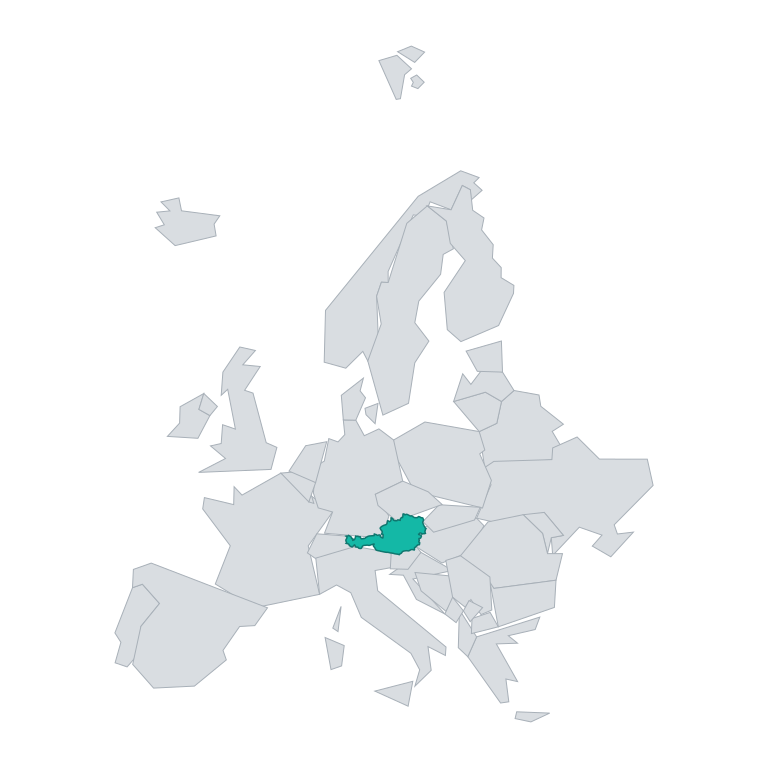 location of Austria within Europe
{"feature_id": "AUT", "entity_name": "Austria", "entity_type": "country or territory", "adm_level": 0, "iso_a3": "AUT", "parent_name": "Europe", "parent_adm1": "", "projection": "orthographic", "projection_center": [13.446, 47.7], "detail": "fine", "context": "in_parent", "style": "filled", "palette": "teal", "viewbox_px": 768, "rotation_deg": 0, "n_neighbors": 37, "source": "natural_earth", "source_scale": "50m", "svg_char_len": 10660}
<svg xmlns="http://www.w3.org/2000/svg" viewBox="0 0 768 768"><path d="M378.9,60.6L396.9,55.3L411.5,68.8L404.6,74.7L400.4,98.7L396.2,99.4L378.9,60.6ZM482.1,190.3L470.9,200.2L470.4,189.8L462.3,185.5L451.1,209.8L430.1,201.8L424.2,216.4L413.3,214.9L388.1,271.5L388.2,282.5L381.4,282.2L376.6,296.2L378.4,341.9L367.8,361.0L362.8,351.4L345.8,368.2L324.2,362.2L325.5,310.4L418.2,196.3L460.7,170.8L479.1,177.6L473.8,182.8L482.1,190.3ZM424.6,52.1L414.7,62.4L397.6,51.7L411.3,46.1L424.6,52.1ZM424.2,82.2L417.9,88.6L411.5,86.1L413.3,82.4L410.7,78.3L416.7,75.0L424.2,82.2Z" fill="#d9dde1" stroke="#a8b0b8" stroke-width="1"/><path d="M280.9,473.1L332.6,512.0L308.2,545.9L319.6,594.3L254.1,607.9L215.3,584.0L230.3,545.8L202.7,508.9L204.4,497.6L233.7,504.6L234.1,486.7L242.0,495.1L280.9,473.1ZM332.8,628.1L341.1,606.4L338.0,631.6L332.8,628.1Z" fill="#d9dde1" stroke="#a8b0b8" stroke-width="1"/><path d="M367.8,361.0L381.2,324.0L376.6,296.2L381.4,282.2L388.2,282.5L406.8,223.3L427.3,205.9L446.3,221.0L453.4,248.8L443.2,254.4L440.6,274.3L418.8,301.1L414.8,322.7L428.9,341.1L414.8,362.8L408.5,403.3L382.9,415.1L367.8,361.0Z" fill="#d9dde1" stroke="#a8b0b8" stroke-width="1"/><path d="M514.0,390.5L539.0,395.0L540.8,406.3L563.4,424.2L552.2,431.4L560.3,445.1L551.9,459.6L484.7,467.5L479.2,431.6L496.8,423.3L501.5,401.5L514.0,390.5Z" fill="#d9dde1" stroke="#a8b0b8" stroke-width="1"/><path d="M617.4,534.0L633.4,532.1L610.8,556.8L592.3,546.1L602.0,535.1L579.3,527.2L552.7,555.5L551.3,537.7L563.4,535.4L544.2,512.4L506.5,525.0L476.6,518.2L491.0,484.8L484.7,467.5L493.8,461.4L551.9,459.6L552.7,447.9L577.1,437.0L599.4,459.1L647.3,459.2L653.1,485.4L614.2,524.8L617.4,534.0Z" fill="#d9dde1" stroke="#a8b0b8" stroke-width="1"/><path d="M479.2,431.6L484.8,450.0L479.7,453.9L491.4,480.4L482.5,508.0L414.5,491.4L393.3,452.0L393.6,440.0L424.9,422.0L479.2,431.6Z" fill="#d9dde1" stroke="#a8b0b8" stroke-width="1"/><path d="M476.6,518.2L484.0,525.8L468.8,552.1L441.9,563.0L416.8,547.1L424.2,527.0L476.6,518.2Z" fill="#d9dde1" stroke="#a8b0b8" stroke-width="1"/><path d="M523.2,514.7L544.2,512.4L563.4,535.4L551.3,537.7L547.5,553.6L542.6,533.5L523.2,514.7Z" fill="#d9dde1" stroke="#a8b0b8" stroke-width="1"/><path d="M547.5,553.6L562.5,553.6L556.0,580.2L493.9,588.4L460.5,555.8L488.0,521.9L523.2,514.7L542.6,533.5L547.5,553.6Z" fill="#d9dde1" stroke="#a8b0b8" stroke-width="1"/><path d="M501.5,401.5L496.8,423.3L479.2,431.6L453.6,401.5L485.4,392.2L501.5,401.5Z" fill="#d9dde1" stroke="#a8b0b8" stroke-width="1"/><path d="M502.5,372.1L514.0,390.5L501.5,401.5L485.4,392.2L453.6,401.5L462.7,373.8L470.9,384.4L483.7,367.5L502.5,372.1Z" fill="#d9dde1" stroke="#a8b0b8" stroke-width="1"/><path d="M501.4,341.0L502.5,372.1L477.3,371.3L466.1,351.1L501.4,341.0Z" fill="#d9dde1" stroke="#a8b0b8" stroke-width="1"/><path d="M393.6,440.0L402.7,481.1L375.3,494.3L388.9,516.0L381.9,538.0L324.5,533.2L332.6,512.0L318.2,507.9L313.4,493.0L315.6,466.2L324.3,461.1L328.8,438.6L338.0,441.9L344.8,434.6L343.3,419.9L355.8,420.2L364.3,435.7L378.9,428.9L393.6,440.0Z" fill="#d9dde1" stroke="#a8b0b8" stroke-width="1"/><path d="M490.0,582.4L493.9,588.4L556.0,580.2L554.4,607.4L498.3,626.8L490.0,582.4Z" fill="#d9dde1" stroke="#a8b0b8" stroke-width="1"/><path d="M549.7,713.1L530.9,721.9L515.1,718.6L516.7,711.8L549.7,713.1ZM476.6,636.9L539.8,617.1L535.2,629.5L508.3,635.7L517.5,643.2L496.3,643.9L517.6,681.6L505.9,679.0L508.8,701.8L500.6,703.0L467.8,656.7L476.6,636.9Z" fill="#d9dde1" stroke="#a8b0b8" stroke-width="1"/><path d="M476.6,636.9L467.8,656.7L458.3,647.7L459.4,609.7L476.6,636.9Z" fill="#d9dde1" stroke="#a8b0b8" stroke-width="1"/><path d="M420.9,552.4L452.6,570.4L412.9,579.0L444.9,614.0L416.4,599.4L403.4,575.2L389.7,574.4L420.9,552.4Z" fill="#d9dde1" stroke="#a8b0b8" stroke-width="1"/><path d="M346.7,536.1L354.2,552.8L320.2,561.8L307.4,552.9L316.8,533.8L346.7,536.1Z" fill="#d9dde1" stroke="#a8b0b8" stroke-width="1"/><path d="M310.8,493.3L313.8,503.4L308.8,501.9L310.8,493.3Z" fill="#d9dde1" stroke="#a8b0b8" stroke-width="1"/><path d="M315.6,482.6L308.8,501.9L280.9,473.1L305.2,471.0L315.6,482.6Z" fill="#d9dde1" stroke="#a8b0b8" stroke-width="1"/><path d="M326.7,441.7L315.6,482.6L289.0,471.1L305.7,445.7L326.7,441.7Z" fill="#d9dde1" stroke="#a8b0b8" stroke-width="1"/><path d="M132.5,587.7L142.4,584.2L159.5,603.5L140.9,626.4L140.9,651.1L127.1,666.9L115.1,662.8L120.9,642.3L114.9,632.9L132.5,587.7Z" fill="#d9dde1" stroke="#a8b0b8" stroke-width="1"/><path d="M132.7,664.4L140.9,626.4L159.5,603.5L142.4,584.2L132.5,587.7L133.4,569.4L151.2,563.1L267.5,607.8L254.8,625.6L239.6,626.5L223.0,650.4L226.3,659.9L194.4,686.1L153.6,688.1L132.7,664.4Z" fill="#d9dde1" stroke="#a8b0b8" stroke-width="1"/><path d="M209.9,415.6L197.9,438.3L167.4,436.4L179.6,423.1L180.1,406.7L203.8,393.5L198.9,409.4L209.9,415.6Z" fill="#d9dde1" stroke="#a8b0b8" stroke-width="1"/><path d="M355.3,546.4L391.2,553.0L392.7,567.3L375.1,570.5L377.7,590.7L446.0,647.0L445.4,655.5L428.0,646.6L431.2,670.3L414.9,686.2L419.7,669.8L410.9,653.3L361.3,617.4L350.8,592.7L336.5,585.0L319.6,594.3L315.8,558.1L355.3,546.4ZM374.8,691.1L412.8,681.3L408.1,706.2L374.8,691.1ZM325.1,637.5L344.2,645.6L341.6,665.9L331.0,669.6L325.1,637.5Z" fill="#d9dde1" stroke="#a8b0b8" stroke-width="1"/><path d="M355.8,420.2L343.3,419.9L341.3,395.3L363.4,378.1L360.1,390.9L365.5,397.8L355.8,420.2ZM378.0,403.4L375.1,423.7L366.0,414.7L365.0,408.3L378.0,403.4Z" fill="#d9dde1" stroke="#a8b0b8" stroke-width="1"/><path d="M209.9,415.6L198.9,409.4L203.8,393.5L217.4,406.5L209.9,415.6ZM235.4,429.1L227.7,389.3L221.2,395.3L222.9,372.1L239.8,347.0L255.4,350.5L242.8,364.8L260.2,366.5L244.6,390.3L253.0,393.1L266.2,442.7L276.9,447.4L271.0,469.4L198.6,472.4L225.5,458.5L210.5,445.9L221.2,443.5L222.6,424.7L235.4,429.1Z" fill="#d9dde1" stroke="#a8b0b8" stroke-width="1"/><path d="M219.8,215.8L214.1,224.1L216.1,235.9L175.1,245.6L155.2,227.7L164.3,224.8L156.7,212.2L169.9,210.9L161.0,201.9L178.9,197.9L181.5,210.8L219.8,215.8Z" fill="#d9dde1" stroke="#a8b0b8" stroke-width="1"/><path d="M391.2,553.0L416.8,547.1L420.9,552.4L408.0,569.3L390.3,568.8L391.2,553.0Z" fill="#d9dde1" stroke="#a8b0b8" stroke-width="1"/><path d="M470.4,189.8L472.7,210.3L484.0,218.0L481.6,229.9L493.2,244.7L492.4,258.1L501.2,267.6L501.1,277.7L513.9,285.4L513.5,293.4L498.6,325.5L460.9,341.6L447.3,329.7L444.1,292.4L465.3,260.6L450.3,243.4L446.3,221.0L427.3,205.9L451.1,209.8L462.3,185.5L470.4,189.8Z" fill="#d9dde1" stroke="#a8b0b8" stroke-width="1"/><path d="M480.2,507.3L474.5,520.0L433.6,532.2L422.9,521.6L439.1,504.7L480.2,507.3Z" fill="#d9dde1" stroke="#a8b0b8" stroke-width="1"/><path d="M402.7,481.1L428.2,491.8L442.1,504.5L396.6,521.0L378.0,505.5L375.3,494.3L402.7,481.1Z" fill="#d9dde1" stroke="#a8b0b8" stroke-width="1"/><path d="M446.0,611.3L421.1,590.9L415.0,572.5L452.8,576.2L455.2,596.3L446.0,611.3Z" fill="#d9dde1" stroke="#a8b0b8" stroke-width="1"/><path d="M490.1,612.4L498.3,626.8L471.4,633.6L472.0,618.5L490.1,612.4Z" fill="#d9dde1" stroke="#a8b0b8" stroke-width="1"/><path d="M445.8,560.4L460.5,555.8L489.9,577.0L491.8,610.0L481.0,614.6L470.9,599.5L465.2,607.2L452.6,597.2L445.8,560.4Z" fill="#d9dde1" stroke="#a8b0b8" stroke-width="1"/><path d="M463.4,610.9L456.1,622.6L444.9,614.0L452.6,597.2L463.4,610.9Z" fill="#d9dde1" stroke="#a8b0b8" stroke-width="1"/><path d="M470.2,621.7L463.4,610.9L469.0,600.6L482.6,607.6L470.2,621.7Z" fill="#d9dde1" stroke="#a8b0b8" stroke-width="1"/><path d="M345.8,540.1L346.8,538.2L347.0,537.1L346.3,536.3L346.0,536.1L346.3,536.0L347.3,536.2L348.0,535.8L348.4,535.4L349.3,535.8L350.7,536.6L351.3,537.2L351.6,537.6L351.7,537.9L351.6,538.4L351.9,538.7L352.6,538.8L353.0,539.0L352.8,539.7L352.8,540.3L353.4,540.2L354.2,539.8L354.8,539.0L355.2,538.2L355.6,536.3L355.7,536.1L356.1,536.3L358.0,536.3L358.8,536.7L360.2,536.8L360.2,537.1L360.4,537.6L361.0,538.3L361.3,538.7L361.9,538.8L362.9,538.6L363.5,538.4L363.7,538.6L364.6,538.4L365.5,537.9L365.7,537.5L366.5,537.2L367.6,536.5L369.1,536.0L374.1,535.6L374.3,535.2L374.2,534.2L374.3,534.0L375.0,534.3L376.0,534.5L376.7,534.9L377.2,535.3L377.7,535.4L378.4,535.1L379.3,534.9L380.2,535.3L380.5,535.8L380.3,536.1L380.3,536.5L380.6,536.9L381.4,537.4L382.3,537.9L382.8,537.9L383.0,537.4L383.1,536.3L383.2,535.1L383.0,534.4L382.5,534.3L381.9,534.2L381.6,534.1L381.7,533.7L382.2,532.7L382.2,531.4L381.1,530.0L380.2,528.5L380.2,528.0L380.8,527.2L381.6,526.5L383.6,525.4L384.2,525.2L384.9,525.0L386.1,524.6L386.6,524.1L387.0,523.6L387.5,520.9L387.8,520.7L389.7,521.6L389.9,521.4L390.2,521.3L390.8,520.6L391.0,520.0L391.0,519.0L391.0,518.1L391.1,517.8L391.4,517.9L392.3,518.4L392.9,518.9L393.6,520.3L395.0,520.7L396.9,520.7L397.5,520.0L398.1,519.9L398.8,520.1L400.2,520.3L400.3,519.1L401.1,517.9L401.5,517.5L402.5,517.5L402.8,516.7L403.0,514.2L403.2,513.9L403.9,514.0L404.7,514.4L404.9,514.8L405.3,514.7L405.9,514.5L406.5,514.3L407.4,514.5L409.5,515.6L410.5,516.0L411.2,515.9L411.8,515.9L414.2,517.5L415.9,517.7L417.4,517.6L417.9,517.1L418.5,516.6L419.2,516.7L419.8,516.9L421.0,517.6L421.5,517.7L422.2,517.8L422.8,518.0L423.3,519.2L423.5,519.6L423.5,520.3L423.1,521.1L422.7,522.1L422.8,522.9L424.0,525.8L425.1,527.6L425.3,528.2L426.0,528.7L425.4,529.4L425.3,530.4L425.0,530.9L424.9,531.4L425.1,531.9L425.1,532.6L425.4,533.4L424.4,533.7L423.2,533.7L422.8,533.7L422.4,534.0L422.0,533.9L421.0,533.1L420.4,533.0L419.9,533.0L419.6,533.4L419.1,533.9L418.6,534.2L418.7,534.5L421.0,535.2L421.4,536.3L421.0,537.2L420.9,537.7L420.4,538.1L419.8,538.4L419.0,538.5L418.9,539.0L419.3,540.5L419.1,540.8L418.8,541.3L419.1,542.5L419.6,542.5L419.7,542.8L419.6,543.3L419.6,543.8L419.4,544.4L419.4,544.6L419.1,544.8L418.1,544.8L417.2,545.3L415.6,547.0L415.0,547.3L414.4,548.0L414.5,549.5L414.4,549.6L414.2,550.0L412.2,549.5L410.8,549.7L409.8,550.4L408.7,550.9L406.3,550.7L404.0,551.0L403.5,551.2L402.9,551.4L402.3,551.8L402.0,552.3L401.4,553.1L400.6,553.6L399.7,554.1L399.5,554.4L399.2,554.7L398.7,554.4L398.3,554.4L397.8,554.2L396.2,554.0L394.4,553.7L393.5,553.4L392.5,553.2L391.5,553.0L390.5,552.9L390.1,552.8L387.8,552.3L386.3,552.3L384.4,552.0L380.5,551.2L379.3,550.8L378.3,550.7L377.0,550.4L376.0,549.9L375.4,549.0L374.8,547.8L373.6,546.3L373.3,545.5L373.7,544.8L374.1,544.3L374.1,544.1L373.8,544.0L371.6,544.6L369.5,545.4L368.7,545.4L367.9,545.2L366.9,545.1L365.9,545.3L363.9,545.4L362.7,546.0L361.9,547.2L361.5,548.1L361.1,548.4L360.4,548.5L359.4,548.4L358.6,548.1L357.9,547.2L356.7,547.1L355.7,547.0L355.4,546.9L355.4,546.3L355.0,545.3L354.4,544.9L352.5,546.8L352.0,546.9L350.5,546.3L349.3,545.5L349.2,544.9L349.0,544.4L348.0,543.8L346.7,543.5L346.2,543.4L346.4,543.2L346.6,542.7L346.5,542.3L346.2,541.9L346.1,541.4L346.0,541.0L346.0,540.7L345.9,540.3L345.8,540.1Z" fill="#14b8a6" stroke="#0f766e" stroke-width="1.5"/></svg>